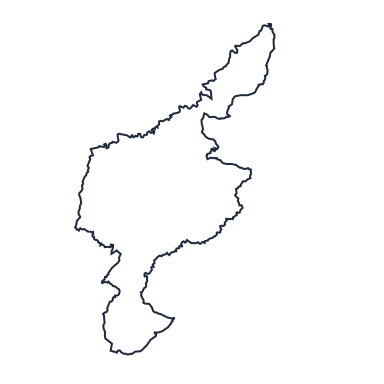 Xochicoatlán, Hidalgo, Mexico (Robinson projection), rotated 340°
{"feature_id": "50627088B82617761182934", "entity_name": "Xochicoatlán", "entity_type": "district", "adm_level": 2, "iso_a3": "MEX", "parent_name": "Mexico", "parent_adm1": "Hidalgo", "projection": "robinson", "projection_center": [-98.634, 20.789], "detail": "fine", "context": "isolated", "style": "outline", "palette": "slate", "viewbox_px": 384, "rotation_deg": 340, "n_neighbors": 0, "source": "geoboundaries", "source_scale": "gbopen_adm2", "svg_char_len": 5997}
<svg xmlns="http://www.w3.org/2000/svg" viewBox="0 0 384 384"><g transform="rotate(340 192 192)"><path d="M150.3,116.5L143.0,112.2L142.4,112.3L141.6,112.7L140.4,118.7L140.0,119.2L137.8,119.9L134.5,117.7L133.6,118.5L132.1,118.2L130.0,118.9L129.2,121.0L127.9,121.8L126.6,121.5L127.5,119.1L127.2,117.1L125.7,117.3L126.1,118.4L124.7,119.6L120.4,117.2L119.7,118.0L111.5,117.0L111.5,123.6L108.6,123.6L107.5,124.4L107.7,126.2L102.7,131.8L103.3,134.1L101.4,136.1L101.4,137.5L99.4,138.2L98.4,140.0L96.2,141.1L92.8,144.8L92.5,147.1L90.8,148.3L90.1,151.8L88.1,153.5L85.9,154.4L85.0,155.8L85.1,159.5L84.1,164.4L81.9,166.9L80.6,169.6L78.4,172.0L77.9,174.6L78.5,176.7L78.2,177.5L73.8,179.9L72.1,183.1L70.0,185.4L71.1,186.7L70.8,187.9L71.8,188.1L72.5,189.6L74.6,187.9L76.2,189.7L78.2,190.1L80.5,193.5L83.3,194.8L84.0,195.7L85.4,195.6L85.0,197.6L83.7,198.3L83.4,199.9L84.5,200.4L84.0,202.9L85.3,204.3L86.5,204.8L86.9,206.0L86.5,206.8L87.4,207.6L87.5,208.7L89.0,209.3L87.9,210.7L89.5,210.5L91.0,212.2L91.2,214.0L95.5,215.1L96.2,216.0L97.2,215.7L97.9,213.7L99.8,214.8L98.2,218.0L96.0,220.4L95.2,222.6L101.2,221.2L103.8,225.9L101.1,228.6L100.3,231.5L98.3,233.1L90.9,235.9L85.9,239.4L85.4,240.8L83.8,241.0L82.6,242.6L81.1,242.1L80.0,244.2L77.4,244.9L76.4,246.1L76.5,246.9L79.8,246.7L81.5,248.2L82.9,247.6L83.2,249.2L84.9,251.3L85.6,253.4L87.1,254.1L90.3,258.8L89.7,261.4L87.8,263.5L86.4,263.7L84.3,263.0L83.8,264.6L82.1,264.0L81.2,264.7L80.8,266.1L79.0,267.3L77.2,267.0L72.6,272.2L72.1,274.5L70.4,275.6L68.5,275.4L66.6,276.3L67.1,277.5L65.1,285.0L63.0,287.1L62.3,289.8L62.4,294.1L61.0,297.1L60.5,300.0L64.9,307.2L61.3,313.3L66.5,317.2L67.3,316.1L69.3,315.9L70.1,316.4L70.5,318.1L72.5,320.6L75.0,321.6L75.5,322.5L76.8,323.0L78.8,322.9L80.1,323.7L84.0,322.6L89.1,324.0L90.5,323.6L97.1,320.6L102.1,316.9L109.0,314.8L109.6,313.4L108.7,312.0L108.9,311.2L112.0,312.5L116.2,312.7L123.0,311.0L127.6,308.2L128.2,307.1L129.6,306.7L129.7,305.8L131.9,304.8L132.0,304.3L129.8,303.9L126.0,301.5L121.1,296.3L118.7,294.6L117.5,293.1L115.9,292.4L114.8,290.8L114.8,286.4L113.5,282.5L109.7,280.8L108.4,279.4L109.5,277.4L108.7,272.0L109.6,270.8L109.6,268.8L111.1,268.8L114.0,266.1L115.9,265.6L117.1,264.1L117.5,261.8L119.3,260.6L120.8,256.1L120.4,255.3L118.7,255.1L119.2,252.9L120.5,252.1L122.9,254.1L124.6,253.7L127.8,251.2L128.0,248.9L128.8,248.6L130.3,249.2L130.2,246.8L132.4,246.1L133.1,243.2L135.0,242.8L136.5,241.7L139.7,240.7L141.6,242.0L142.9,241.0L144.7,241.6L147.9,240.7L148.3,242.6L149.0,243.5L151.7,241.8L155.1,242.1L157.2,240.8L156.6,241.7L156.9,242.1L158.1,239.8L160.8,240.3L161.5,238.6L164.1,239.7L164.4,239.0L163.9,237.4L165.6,235.7L167.2,235.5L168.0,237.1L168.8,237.2L170.7,235.3L173.9,239.8L177.7,241.3L180.5,241.3L181.2,242.9L182.1,243.6L184.9,242.5L186.1,243.5L186.2,245.1L186.9,243.0L187.6,242.5L190.2,243.1L190.7,242.4L192.9,241.9L196.1,242.1L197.7,241.2L198.7,241.5L200.9,240.3L201.4,238.6L204.6,239.7L205.6,237.8L206.8,237.2L206.5,234.8L206.9,233.6L208.3,233.8L209.7,234.7L211.9,234.0L212.3,231.9L215.1,230.5L214.7,229.6L215.0,228.9L221.0,231.4L221.5,231.1L221.8,229.9L226.3,228.9L226.6,226.8L227.6,226.6L228.4,227.4L229.8,227.6L231.3,225.6L234.1,224.2L234.2,221.7L231.9,220.7L232.4,218.9L232.1,215.8L233.3,214.1L231.4,210.3L231.5,209.6L233.6,208.2L234.5,204.1L236.5,204.0L237.6,203.0L239.7,203.1L239.8,202.3L243.5,199.4L245.6,200.3L248.4,199.2L251.6,199.0L251.9,196.8L253.8,195.1L254.1,192.8L255.0,191.5L254.9,190.8L253.4,190.1L252.9,188.7L250.4,188.7L247.9,187.5L246.6,185.9L245.4,185.7L242.5,181.5L238.4,179.0L234.4,177.7L231.3,175.7L230.4,174.6L229.5,171.7L226.9,169.9L226.9,168.6L225.8,168.6L225.0,167.6L223.9,167.7L221.3,166.2L217.9,166.4L217.8,164.5L218.3,162.5L218.8,162.5L219.4,161.5L222.8,161.7L222.9,160.7L225.0,159.4L224.7,157.6L226.3,160.3L226.5,159.4L227.0,160.2L226.8,161.3L227.6,160.2L227.5,159.3L228.2,160.8L228.6,160.4L228.4,158.5L230.5,160.2L232.3,158.6L231.0,154.6L231.3,152.0L230.2,150.9L230.0,149.9L225.9,147.6L223.7,144.7L223.1,141.9L221.7,139.3L224.0,136.3L224.5,131.2L225.6,127.5L227.6,126.5L230.5,122.3L233.2,125.0L233.4,126.8L234.2,127.6L239.1,129.1L241.0,131.5L243.5,133.0L244.1,132.6L246.9,133.7L248.7,133.7L250.0,133.1L251.5,133.9L253.3,133.8L253.6,133.5L251.7,131.0L252.0,129.4L254.2,126.5L255.4,125.7L255.6,124.3L259.7,123.1L261.9,118.9L263.9,117.4L265.8,116.8L271.2,117.8L277.5,120.1L283.8,120.2L285.5,119.8L288.3,116.9L291.2,115.1L291.0,114.3L293.6,114.1L295.1,115.1L296.7,114.0L297.3,112.3L298.8,111.5L300.0,109.7L300.2,107.8L301.7,107.7L303.2,106.6L304.9,102.8L304.6,101.0L305.5,99.1L305.0,98.4L311.7,91.0L313.2,88.1L318.4,85.3L319.0,82.0L320.9,76.4L322.1,75.6L322.6,73.6L323.2,73.0L322.5,68.9L323.2,66.4L321.7,65.7L321.6,65.0L323.3,62.9L323.5,61.1L321.5,60.3L321.5,62.3L320.6,62.8L317.3,60.2L315.5,60.0L312.2,63.9L310.5,63.9L308.3,66.8L301.5,68.3L298.0,70.2L292.8,70.3L290.5,69.7L286.9,71.2L282.9,69.4L282.3,70.2L283.1,74.2L282.0,76.5L280.1,76.0L278.2,72.7L276.7,72.7L275.4,74.6L273.8,78.4L272.5,79.5L270.4,83.3L268.3,84.1L267.0,85.2L264.3,85.6L263.2,86.6L259.2,86.7L254.2,87.9L253.5,89.3L252.8,94.1L250.0,94.9L248.8,93.9L245.5,93.5L244.2,95.3L238.8,94.6L239.1,96.7L241.0,99.0L240.4,100.4L243.5,102.2L244.2,103.7L242.2,111.1L239.1,106.3L235.0,104.1L234.7,103.5L234.8,101.5L232.8,102.7L232.1,108.6L227.7,109.1L226.9,110.1L226.9,112.6L225.4,113.5L222.8,110.7L219.4,112.7L218.0,112.9L217.2,112.2L216.3,109.7L214.8,108.6L212.7,109.8L209.9,107.1L209.0,107.6L208.5,111.4L207.7,112.4L206.4,112.7L200.9,112.0L199.6,112.8L198.6,112.4L197.5,112.7L198.2,114.5L196.1,115.1L195.1,116.5L193.2,114.8L188.5,115.5L186.8,114.4L185.2,114.4L184.1,117.4L182.0,118.1L181.7,119.6L180.5,118.5L179.8,118.5L178.7,120.2L177.3,119.1L175.6,119.7L175.4,120.3L177.2,121.9L177.2,122.6L176.1,123.9L175.4,122.3L173.4,122.3L172.9,120.5L171.9,120.3L170.1,121.0L169.3,122.7L166.6,122.1L164.7,123.8L163.5,123.6L162.9,122.5L163.2,119.8L161.5,118.9L159.7,121.1L158.1,119.9L156.1,120.7L155.3,119.8L155.5,118.4L154.6,118.2L153.2,119.7L152.4,119.5L150.3,116.5Z" fill="none" stroke="#1e293b" stroke-width="2"/></g></svg>